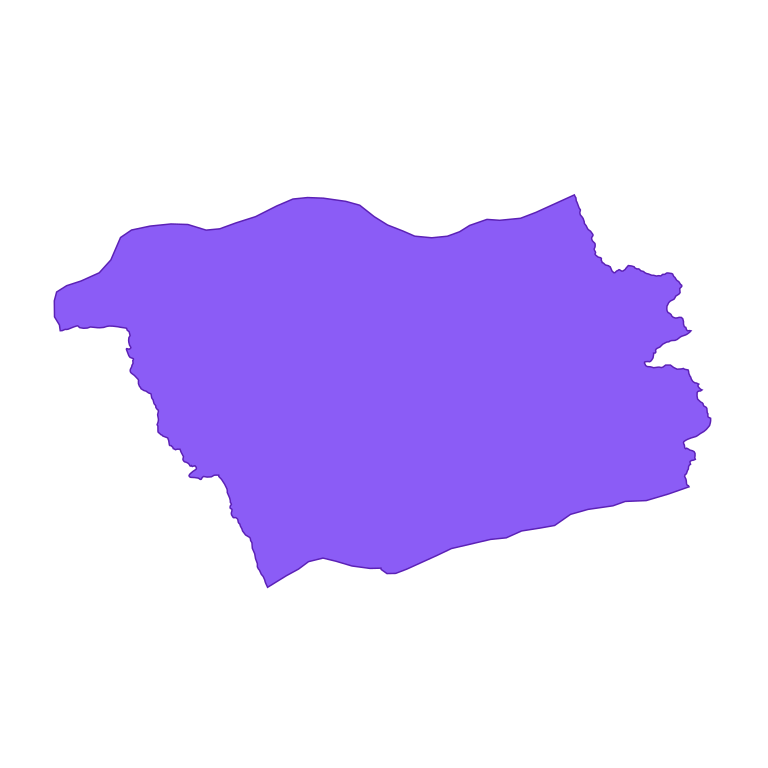 the district of Adobha, Semenawi Keyih Bahri, Eritrea, rotated 85°
{"feature_id": "51966322B26139601177216", "entity_name": "Adobha", "entity_type": "district", "adm_level": 2, "iso_a3": "ERI", "parent_name": "Eritrea", "parent_adm1": "Semenawi Keyih Bahri", "projection": "albers", "projection_center": [38.096, 17.204], "detail": "fine", "context": "isolated", "style": "filled", "palette": "violet", "viewbox_px": 768, "rotation_deg": 85, "n_neighbors": 0, "source": "geoboundaries", "source_scale": "gbopen_adm2", "svg_char_len": 6028}
<svg xmlns="http://www.w3.org/2000/svg" viewBox="0 0 768 768"><g transform="rotate(85 384 384)"><path d="M513.0,89.1L511.8,89.6L511.3,90.7L509.9,91.3L506.7,91.3L505.1,91.5L502.3,92.6L500.5,91.9L499.8,90.6L496.4,89.1L495.3,88.2L492.9,87.8L491.4,86.9L490.7,85.6L488.9,86.0L487.9,85.9L487.0,84.4L486.8,82.2L486.2,80.4L484.6,80.9L482.7,80.4L480.2,80.2L478.4,81.0L477.4,82.5L476.4,85.2L475.5,86.2L474.3,88.1L474.8,89.0L473.8,90.0L470.9,90.1L470.1,90.5L468.6,90.8L467.5,90.3L466.5,88.6L465.6,86.5L464.5,82.8L463.5,77.9L462.8,76.3L461.0,73.3L459.2,69.5L457.3,66.8L453.8,63.3L451.1,62.3L449.1,61.8L446.6,61.6L445.3,63.8L444.4,64.2L441.9,63.9L440.8,64.5L436.4,64.5L435.2,65.2L433.9,67.2L432.5,67.8L431.4,67.9L430.4,68.7L429.5,70.1L426.4,72.9L423.2,73.2L419.7,72.8L418.8,71.9L418.5,70.9L418.5,69.2L417.6,67.7L416.8,69.1L414.9,70.7L413.5,71.4L412.6,71.3L411.6,70.4L410.3,72.6L409.9,74.3L408.4,76.1L406.0,77.4L403.7,77.9L403.1,78.4L400.0,79.4L397.6,79.5L396.5,79.8L395.5,83.3L394.6,84.4L394.9,86.4L394.8,90.7L392.8,94.0L390.1,97.0L389.7,101.8L391.5,104.7L391.8,106.3L391.2,108.2L391.1,109.5L391.3,114.0L390.5,115.9L390.0,117.5L389.6,120.2L388.4,121.8L387.2,122.1L386.0,122.7L384.9,122.5L384.6,121.3L384.6,119.1L385.0,117.6L384.6,116.4L383.2,115.0L381.4,113.7L377.5,112.7L376.8,112.8L376.7,111.0L375.9,110.4L373.9,110.5L373.1,110.0L372.3,108.9L371.2,105.9L368.6,102.8L366.9,98.7L366.8,96.5L366.1,95.3L365.8,93.7L365.9,90.3L365.2,88.1L363.0,84.7L362.4,83.3L361.4,79.2L360.7,77.6L359.1,75.0L357.8,73.6L357.4,74.9L357.5,76.8L356.4,77.9L353.9,78.4L353.2,79.7L352.4,80.0L350.4,80.4L347.9,80.2L345.0,80.7L343.6,82.0L343.3,84.2L343.7,86.0L343.7,87.9L342.8,90.0L341.4,91.4L339.8,92.0L338.5,93.3L337.5,94.9L335.5,95.7L333.6,95.7L331.0,95.3L329.7,94.4L327.8,93.3L326.3,91.5L324.8,87.7L323.4,86.6L321.9,85.7L320.1,82.3L318.8,81.1L314.7,81.1L312.8,78.9L311.6,78.8L310.6,79.9L307.6,81.5L306.7,82.8L305.8,83.6L303.2,84.9L302.1,86.0L299.6,86.9L299.0,87.8L298.1,91.6L298.1,92.8L299.2,94.7L299.1,97.0L300.2,98.3L300.4,99.1L300.0,101.0L300.2,103.2L299.2,105.9L299.0,107.8L297.4,111.0L296.8,112.9L295.6,114.8L294.6,115.5L293.6,118.3L291.9,119.7L291.5,120.5L291.4,122.1L290.1,124.1L289.0,124.6L288.0,127.1L287.3,130.3L290.0,133.1L290.9,133.7L292.3,136.2L292.2,137.5L290.8,139.3L290.6,139.9L291.5,141.6L291.7,142.4L293.2,144.2L293.2,145.3L291.3,147.0L287.0,148.4L286.6,149.2L285.8,149.9L284.7,153.1L282.6,154.9L282.1,156.1L280.9,156.2L279.7,156.8L277.9,156.5L277.1,157.1L276.3,159.5L274.3,161.7L273.2,162.4L272.4,162.3L271.8,161.8L271.1,161.8L268.7,162.8L267.9,162.9L265.8,161.8L263.8,161.5L262.4,161.6L259.7,163.8L258.4,164.3L257.2,164.5L256.1,164.3L255.1,163.4L254.0,162.8L253.2,162.9L249.8,164.9L248.0,167.0L246.9,167.7L244.0,168.8L241.5,170.4L239.7,170.4L236.5,171.2L235.0,172.0L232.6,173.7L230.7,174.0L229.9,173.9L228.3,173.3L227.6,173.2L225.6,174.3L219.7,175.9L218.4,176.5L215.2,176.6L213.9,177.3L212.2,177.9L226.3,217.8L230.8,233.5L231.0,254.5L229.0,267.1L233.5,284.9L238.9,295.4L242.3,308.0L242.5,323.7L239.4,340.5L233.2,351.9L225.9,366.6L216.5,379.1L203.8,392.6L198.7,406.2L193.6,428.2L191.6,443.9L191.8,458.6L197.3,475.4L206.1,497.4L210.6,517.4L215.1,534.2L215.2,547.8L208.0,565.5L206.0,582.3L206.3,603.3L208.6,622.1L215.1,633.7L236.6,645.3L248.4,658.0L255.0,676.9L258.4,691.6L263.8,702.1L272.4,705.2L288.4,706.4L296.9,702.2L302.7,701.9L302.8,700.0L301.8,696.9L302.0,695.6L301.9,694.0L300.1,688.1L299.3,684.6L299.4,684.0L301.3,682.3L302.3,678.5L302.4,674.6L301.6,671.5L303.0,664.2L303.2,662.2L303.2,658.3L302.5,655.3L302.3,652.8L302.7,649.3L303.8,644.0L304.5,641.7L305.7,636.6L306.1,635.6L308.1,635.1L309.6,633.4L313.6,632.7L315.6,634.1L318.2,634.6L320.0,634.6L323.2,634.1L324.7,633.3L325.6,633.0L325.9,633.0L327.0,634.4L327.1,635.0L326.3,637.1L326.4,637.4L327.1,637.6L333.4,635.8L334.7,635.1L335.4,634.6L336.6,632.1L336.9,631.5L337.4,631.4L338.0,631.6L338.7,632.2L341.6,632.2L343.3,633.4L344.9,633.9L347.3,635.4L348.7,635.7L349.5,635.6L350.2,635.4L351.2,634.7L353.7,631.9L358.0,628.5L359.3,628.2L359.8,628.4L362.3,628.6L365.3,627.7L366.1,626.9L367.5,626.5L369.6,623.7L370.3,621.8L372.4,619.3L373.2,617.5L373.5,617.1L373.9,616.9L377.0,616.7L378.1,616.4L379.5,615.5L383.4,614.8L384.2,614.4L385.6,613.3L387.6,613.3L389.6,612.1L390.2,611.3L391.5,611.1L394.9,612.2L399.2,611.8L400.4,611.9L402.3,612.4L404.8,613.6L406.2,612.9L411.4,613.3L412.5,613.1L413.6,611.9L415.0,610.7L415.4,609.8L416.6,608.8L418.8,604.2L421.7,603.4L426.1,603.1L426.7,602.6L426.9,601.3L427.6,600.9L428.6,599.9L430.0,599.6L430.4,598.8L430.5,598.5L431.3,597.5L430.9,595.7L431.2,592.9L434.1,592.1L438.9,590.1L441.4,590.9L442.4,590.7L443.6,590.0L444.2,589.4L444.4,588.6L445.2,587.0L446.2,585.7L447.4,584.9L448.5,584.5L448.8,584.2L448.9,583.8L448.5,582.9L449.2,582.6L449.5,582.2L448.9,579.8L449.1,579.3L449.5,579.3L450.5,578.3L451.6,578.2L452.6,578.7L454.5,582.1L456.5,584.9L457.4,585.7L458.2,586.2L458.9,586.1L459.9,585.3L460.2,584.4L460.7,580.8L461.4,577.8L461.8,576.8L462.9,575.6L463.1,574.8L462.8,574.2L461.4,573.3L460.9,572.7L460.4,571.7L461.3,568.3L461.4,565.4L461.4,564.0L460.1,561.2L460.1,559.3L460.4,556.6L461.8,556.6L464.8,554.2L469.9,551.5L474.8,549.6L476.7,549.4L478.4,549.6L484.1,547.7L486.6,547.3L488.5,547.4L489.7,546.7L490.5,546.5L490.8,546.6L491.5,547.3L492.2,547.8L493.5,548.1L494.6,547.9L495.2,546.7L495.9,546.4L497.1,546.6L499.3,547.4L501.0,547.3L503.8,545.9L504.1,545.4L504.2,543.3L504.8,542.5L506.0,541.5L509.1,541.2L510.2,540.6L511.0,539.8L512.9,539.5L515.9,538.2L518.1,537.7L522.3,535.1L525.2,531.1L526.4,530.6L528.4,530.5L530.6,529.4L536.2,529.5L541.8,527.6L546.8,527.2L551.9,525.8L555.1,526.1L557.2,525.3L558.6,524.3L562.9,522.8L565.3,521.1L568.8,519.9L570.3,519.7L571.9,519.3L576.4,517.7L566.4,497.8L560.9,485.2L554.4,474.7L552.1,460.0L556.3,447.5L562.5,431.8L566.5,414.0L567.2,403.0L568.5,403.0L573.1,397.6L573.7,388.9L570.4,377.4L559.3,345.9L553.8,331.2L548.1,291.3L547.9,275.6L542.4,259.8L541.1,241.0L539.8,226.3L530.1,209.5L526.7,191.7L525.3,166.5L522.0,153.9L523.0,132.9L518.3,109.9L513.0,89.1Z" fill="#8b5cf6" stroke="#5b21b6" stroke-width="1.5"/></g></svg>